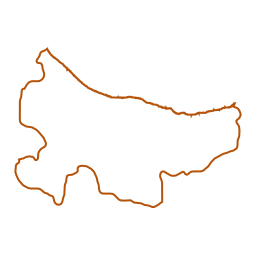 Gaspar Hernández, Espaillat, Dominican Republic
{"feature_id": "3306468B76468188202077", "entity_name": "Gaspar Hernández", "entity_type": "district", "adm_level": 2, "iso_a3": "DOM", "parent_name": "Dominican Republic", "parent_adm1": "Espaillat", "projection": "natural_earth1", "projection_center": [-70.259, 19.604], "detail": "fine", "context": "isolated", "style": "outline", "palette": "amber", "viewbox_px": 256, "rotation_deg": 0, "n_neighbors": 0, "source": "geoboundaries", "source_scale": "gbopen_adm2", "svg_char_len": 5588}
<svg xmlns="http://www.w3.org/2000/svg" viewBox="0 0 256 256"><path d="M162.2,201.8L162.1,182.7L161.6,180.5L160.3,177.3L160.1,175.7L160.4,173.6L161.5,172.0L162.7,171.4L164.1,171.6L170.4,175.3L171.9,175.7L173.8,175.8L176.2,175.4L182.5,171.9L183.3,171.9L184.0,172.2L185.3,174.0L186.6,174.7L187.7,174.4L190.3,172.2L191.7,171.6L194.3,171.4L200.1,171.4L202.2,171.1L203.9,170.1L208.3,166.3L211.2,162.1L214.7,158.5L223.3,153.8L227.0,152.8L229.9,151.5L233.6,150.5L236.8,148.2L237.4,146.3L237.7,140.5L239.2,136.2L239.5,130.8L239.1,126.8L238.4,125.3L236.7,122.8L236.3,121.5L236.5,120.7L237.0,120.0L238.8,118.5L239.3,117.9L240.5,115.5L240.6,114.6L240.4,113.3L239.4,110.7L238.3,109.0L236.8,107.9L233.3,106.6L234.9,103.3L234.4,103.3L234.4,103.7L233.8,103.7L233.6,104.4L232.5,104.8L232.5,105.3L232.1,105.3L231.6,106.2L231.0,106.4L230.8,106.9L230.4,106.6L230.0,107.1L229.3,107.1L229.3,107.3L228.7,107.3L228.7,107.5L225.5,107.5L225.3,107.3L225.3,107.5L224.7,107.5L224.3,108.0L223.8,108.0L223.8,107.8L222.6,108.0L222.4,108.4L221.7,108.7L221.3,109.1L220.0,109.3L220.0,109.6L219.0,109.8L219.0,110.0L218.6,109.8L218.6,110.0L216.9,110.0L216.2,110.2L214.8,110.2L214.3,109.8L214.3,110.0L213.9,110.0L213.7,110.5L212.6,110.7L212.6,110.9L209.5,111.1L209.5,111.4L208.4,111.4L208.4,111.6L206.9,111.8L206.5,112.5L205.3,112.7L205.3,112.9L203.8,112.7L203.3,112.5L202.7,112.7L202.7,112.9L199.5,112.7L199.5,112.9L198.7,112.9L198.7,113.2L198.5,112.9L197.4,113.2L197.2,113.6L196.6,113.6L196.4,114.1L195.3,114.3L195.3,114.5L192.0,114.5L191.7,115.0L191.7,114.7L188.4,114.7L187.9,114.5L187.7,114.7L187.1,114.5L186.7,114.1L185.6,114.1L185.0,113.4L184.6,113.4L184.6,112.9L183.3,112.9L183.3,112.7L181.2,112.9L180.8,113.4L180.1,113.4L180.1,113.6L179.3,113.6L179.3,113.8L178.9,114.0L178.2,114.1L178.0,113.6L176.9,113.6L176.5,113.2L175.9,113.2L175.9,112.9L175.0,112.7L174.8,112.3L174.4,112.3L174.2,111.8L173.8,111.8L173.4,111.1L173.0,111.1L172.3,110.0L171.2,108.7L170.8,108.7L170.6,108.2L170.0,108.2L170.0,108.4L167.9,108.4L167.9,108.7L166.8,108.7L166.6,108.4L166.6,108.7L166.2,108.7L166.2,108.4L165.8,108.4L165.8,108.2L165.3,108.2L164.9,107.8L164.3,107.8L164.3,107.5L162.6,107.8L162.6,107.5L162.2,107.5L162.0,107.1L161.1,106.9L161.1,106.6L159.2,106.6L159.2,106.4L158.6,106.2L158.2,105.5L157.1,105.3L156.7,104.8L153.1,104.4L153.1,104.2L152.0,103.9L152.0,103.7L151.2,103.7L150.4,103.3L150.4,103.0L147.0,102.8L146.6,102.4L146.1,102.4L145.5,101.7L144.8,101.5L144.4,100.8L143.6,100.6L143.0,99.7L141.9,99.2L140.2,98.8L140.2,98.5L139.6,98.5L139.6,98.3L138.9,98.5L138.5,98.1L137.5,98.1L137.5,97.9L136.2,98.1L136.2,97.9L135.3,97.9L135.3,97.6L132.2,97.4L132.2,97.2L131.1,97.2L130.5,97.0L130.5,96.8L128.2,96.8L128.0,97.2L127.1,97.2L127.1,97.4L123.3,97.9L123.3,97.6L122.1,97.9L122.1,97.6L120.2,97.6L120.2,97.4L119.1,97.4L119.1,97.6L117.6,97.6L117.6,97.4L117.4,97.6L111.3,97.4L111.3,97.2L110.2,96.8L110.2,96.5L109.4,96.5L109.4,96.3L108.8,96.3L108.8,96.1L108.1,96.1L108.1,95.9L106.9,95.6L106.9,95.4L106.4,95.6L106.2,95.2L105.4,95.0L105.4,94.7L103.9,94.7L103.3,94.1L101.8,93.8L101.4,93.4L99.7,93.2L99.7,92.9L99.2,92.9L98.8,92.5L97.6,92.3L97.3,91.8L96.5,91.8L96.3,91.4L95.4,91.4L95.4,91.1L94.8,91.1L94.6,90.7L93.3,90.5L93.3,90.2L92.5,90.0L92.1,89.6L91.6,89.6L91.2,89.1L90.0,88.9L89.5,88.2L88.7,88.2L88.0,87.8L87.2,86.6L86.6,86.6L86.1,86.0L85.7,86.0L85.5,85.5L84.3,85.1L83.4,83.9L82.6,83.7L82.4,83.3L82.1,83.3L81.5,82.6L81.5,82.1L80.5,81.9L79.8,80.8L79.4,80.8L79.2,80.3L78.8,80.3L78.5,79.7L78.1,79.7L77.5,78.5L76.7,78.3L76.0,77.2L75.6,77.2L74.8,76.1L74.5,76.1L74.3,75.6L74.1,75.6L74.1,75.2L73.5,75.2L71.8,72.9L71.4,72.9L70.7,72.0L70.7,71.6L70.3,71.6L70.1,71.1L69.7,71.1L69.5,70.4L69.0,70.2L68.6,69.5L67.8,69.5L67.8,69.8L67.3,70.0L67.3,68.6L67.1,68.6L67.1,68.2L66.7,67.7L66.1,67.7L65.9,67.3L65.5,66.8L65.2,66.8L64.8,66.2L64.0,65.9L64.0,65.5L62.9,64.1L62.5,64.1L61.7,63.2L60.6,62.8L60.2,62.3L59.8,62.3L58.1,60.3L57.8,60.3L57.4,59.7L56.6,59.4L56.4,59.0L55.7,58.7L55.3,58.1L54.3,57.9L54.3,57.4L53.6,57.2L52.8,56.3L52.4,56.3L51.7,55.2L51.3,55.2L50.9,54.5L49.8,53.4L49.8,52.9L49.0,52.2L49.0,51.8L48.5,51.6L48.3,50.7L47.1,49.3L47.1,48.9L44.8,50.5L41.9,51.6L40.9,52.3L40.4,53.1L39.3,56.3L37.0,59.7L36.6,60.6L36.6,61.5L37.3,62.7L40.7,63.3L41.7,64.2L42.2,65.6L42.7,69.0L44.1,73.3L44.1,75.5L43.9,76.6L42.5,78.9L41.3,80.0L39.5,81.0L37.5,81.2L32.2,81.2L29.7,81.9L28.4,82.9L26.9,84.6L24.4,88.8L23.0,88.8L22.1,89.7L21.6,91.8L21.2,96.9L20.4,99.1L19.9,101.2L19.8,119.2L20.2,122.0L21.0,123.2L22.0,124.2L25.7,126.2L27.0,126.6L31.9,127.3L36.0,129.5L38.1,131.3L43.4,137.5L45.6,142.1L46.0,144.0L45.6,145.5L44.8,146.6L41.2,148.8L39.1,151.3L38.3,153.3L38.0,158.1L37.6,159.0L36.8,159.9L36.0,160.1L35.3,159.9L34.5,159.0L33.5,157.4L32.7,156.9L29.7,156.4L26.6,156.8L23.3,158.4L18.9,159.5L19.3,160.9L19.1,162.1L18.6,162.8L16.6,164.1L16.1,165.0L15.8,166.7L15.4,171.8L16.1,174.5L18.1,179.1L19.7,181.4L22.7,184.8L24.0,185.8L27.7,187.8L29.1,188.3L31.2,188.5L37.5,188.5L39.5,188.9L40.9,189.6L44.4,192.6L47.4,193.6L49.2,195.0L52.4,196.3L53.2,196.9L54.4,201.7L55.5,203.4L57.0,204.5L59.4,204.7L61.1,203.8L62.2,202.2L63.1,198.1L64.3,194.8L64.8,185.4L66.2,181.1L66.6,177.5L67.0,176.2L67.6,175.5L68.4,175.2L72.5,174.6L76.5,172.5L77.4,171.6L77.8,170.8L77.6,168.4L77.9,167.6L79.0,166.4L81.5,165.8L85.2,166.0L86.8,166.4L90.9,168.7L92.5,170.1L94.2,172.2L96.7,177.7L97.6,181.9L98.6,184.6L99.1,189.3L99.5,191.0L100.6,192.6L101.9,193.3L103.4,193.6L110.0,193.6L112.7,193.9L114.5,195.1L118.7,199.4L120.6,200.4L124.3,200.6L130.7,200.3L133.1,201.9L134.4,202.6L141.1,203.3L144.5,204.9L148.8,205.6L152.5,207.1L154.3,206.9L157.9,205.0L162.2,201.8Z" fill="none" stroke="#b45309" stroke-width="2"/></svg>